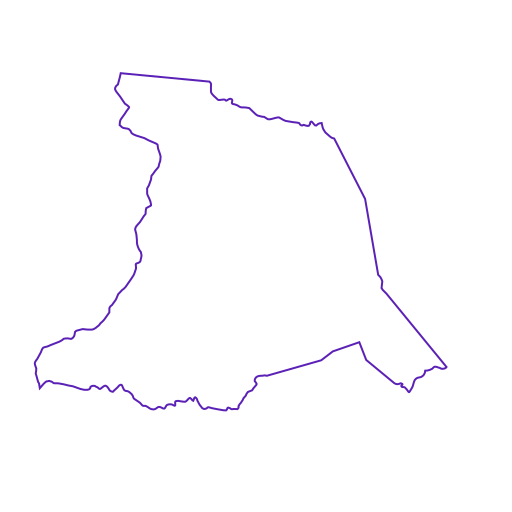 outline of San Juan de Opoa, Copán, Honduras, rotated 188°
{"feature_id": "27666195B15597094221722", "entity_name": "San Juan de Opoa", "entity_type": "district", "adm_level": 2, "iso_a3": "HND", "parent_name": "Honduras", "parent_adm1": "Copán", "projection": "mercator", "projection_center": [-88.695, 14.809], "detail": "fine", "context": "isolated", "style": "outline", "palette": "violet", "viewbox_px": 512, "rotation_deg": 188, "n_neighbors": 0, "source": "geoboundaries", "source_scale": "gbopen_adm2", "svg_char_len": 6058}
<svg xmlns="http://www.w3.org/2000/svg" viewBox="0 0 512 512"><g transform="rotate(188 256 256)"><path d="M415.4,418.2L415.7,414.3L416.6,406.8L416.9,406.3L418.0,405.1L418.6,403.8L418.9,402.6L418.7,401.4L418.1,400.4L417.1,399.2L412.7,394.9L407.2,388.8L406.6,388.4L404.1,387.1L402.5,385.9L402.4,385.6L402.4,385.3L403.0,384.0L404.6,381.1L405.6,378.8L408.7,372.9L409.1,371.9L409.3,371.0L409.4,369.5L409.3,367.7L409.2,366.6L408.3,366.1L406.9,365.0L405.7,364.5L404.7,364.3L400.8,364.2L399.7,364.0L397.7,362.5L396.7,360.9L396.2,360.4L395.2,359.8L394.0,359.3L391.4,358.6L382.9,357.2L378.5,355.6L370.8,353.5L369.7,353.0L369.2,352.7L368.9,352.3L368.5,350.7L367.9,348.7L365.4,343.8L364.4,341.5L364.2,339.8L364.1,336.7L364.7,333.7L364.9,330.9L365.3,330.0L367.6,326.4L369.7,322.4L370.6,321.1L370.7,319.6L370.6,317.5L370.7,316.7L371.9,311.0L372.9,308.6L373.2,307.6L372.5,302.9L372.2,301.9L371.8,301.2L369.4,297.5L368.3,295.6L367.4,293.2L367.0,291.9L367.0,291.5L367.6,290.9L371.3,288.2L371.5,286.3L371.4,284.1L371.2,282.8L371.3,282.2L371.8,281.2L372.6,280.0L375.7,273.3L377.5,270.7L378.6,268.9L379.2,267.5L379.4,266.1L379.4,265.5L379.1,264.7L377.7,261.3L377.3,260.0L376.2,255.5L375.7,252.4L375.2,250.8L374.4,249.0L373.1,246.8L371.9,245.2L370.7,244.1L369.9,242.0L369.5,240.8L369.4,239.7L369.7,235.6L369.9,234.5L370.4,233.7L371.8,232.7L373.4,231.9L373.8,231.4L373.9,230.9L373.2,227.8L373.1,226.8L374.1,221.4L374.7,219.6L376.5,215.8L380.8,207.3L382.3,205.2L383.9,203.6L387.2,198.9L388.3,194.6L388.9,192.9L391.8,187.4L393.1,186.0L393.8,184.6L393.9,183.8L393.4,179.7L397.5,171.8L398.9,169.8L400.7,167.7L401.5,166.1L402.1,165.3L404.9,162.3L406.5,161.1L407.8,160.4L408.6,160.2L412.3,159.7L417.5,159.5L423.2,157.1L424.1,156.4L424.6,155.7L424.8,152.0L425.0,151.3L425.8,149.7L427.0,148.5L427.5,148.2L431.3,148.2L433.2,147.8L434.8,147.3L435.2,147.0L435.9,146.1L436.9,145.2L438.8,143.8L447.2,139.1L449.2,137.8L450.4,137.2L453.1,136.1L454.0,135.5L454.4,134.9L455.0,133.4L455.6,130.8L457.7,125.2L458.4,123.4L459.3,121.9L459.9,120.4L460.1,119.7L460.1,118.9L459.7,117.5L457.9,113.9L457.7,111.1L457.8,109.3L457.6,108.6L456.7,106.7L454.3,101.1L453.1,99.6L451.7,95.0L448.5,99.9L446.8,102.0L446.0,102.7L445.0,102.9L443.6,103.5L442.9,103.5L442.0,103.2L441.0,103.2L438.9,102.1L438.4,101.9L434.1,102.4L428.8,102.2L424.0,101.7L419.2,101.5L411.4,99.9L407.4,99.6L404.4,100.0L402.8,100.7L402.3,101.2L402.0,101.6L401.8,102.0L401.8,102.9L401.6,103.5L400.7,104.2L399.9,104.6L398.4,104.9L397.5,104.9L396.2,104.3L394.5,103.8L393.0,102.8L392.1,102.6L391.5,102.9L389.8,104.7L388.3,106.1L387.5,106.5L386.9,106.6L386.1,106.4L384.9,105.6L383.5,104.2L382.6,103.0L382.0,102.4L380.6,101.8L379.0,101.6L378.6,101.8L378.0,102.8L375.0,106.4L373.4,108.8L372.6,109.4L371.8,109.7L371.2,109.6L370.6,109.1L369.0,106.4L368.3,105.5L367.7,104.8L366.4,104.3L364.7,104.3L363.8,104.1L362.7,103.7L361.7,103.1L359.9,101.9L359.0,100.9L358.3,100.0L357.8,98.7L357.0,97.8L355.7,97.1L350.8,94.7L349.7,93.9L348.6,92.9L347.7,92.2L346.7,91.9L344.9,92.2L344.1,92.1L342.5,91.5L339.8,90.2L338.3,89.8L336.4,89.8L335.0,90.2L334.3,90.6L332.0,92.7L331.2,93.0L330.3,93.1L329.5,93.0L326.8,92.1L326.0,92.1L325.5,92.2L325.1,92.6L323.8,95.7L322.9,96.4L321.5,97.0L320.3,97.2L319.2,97.3L318.4,97.2L316.7,96.6L315.8,96.4L315.5,96.5L315.3,96.7L315.2,97.0L315.7,100.0L315.6,100.6L315.3,101.0L314.6,101.3L313.1,101.7L308.0,101.6L305.9,101.8L304.8,102.6L302.7,105.6L301.9,106.2L301.5,106.2L301.1,106.0L300.1,105.4L298.9,104.2L298.0,103.9L297.9,104.2L297.3,106.9L297.0,107.3L296.6,107.6L295.8,107.3L294.8,106.4L294.4,105.8L293.9,104.6L291.1,100.8L289.7,99.5L288.2,98.0L287.1,97.5L286.0,97.3L284.9,97.6L283.5,98.4L282.9,99.3L282.1,99.6L280.4,99.5L278.7,99.2L272.9,98.9L266.8,98.7L264.6,98.9L264.1,99.0L263.8,99.4L263.4,100.0L263.2,101.3L262.9,101.7L262.5,102.0L260.7,101.7L259.6,101.1L258.7,100.9L258.1,101.0L256.9,101.4L253.1,101.8L252.8,102.1L252.2,103.3L252.2,103.9L252.4,104.9L252.2,105.5L251.6,106.9L250.5,108.6L249.1,111.6L248.6,113.4L246.7,116.3L246.2,118.1L245.7,119.2L245.0,120.3L241.1,122.5L240.3,124.4L237.7,128.5L237.6,129.1L237.7,129.7L238.6,130.8L239.8,131.9L240.0,133.0L239.9,133.9L239.5,135.0L238.9,136.0L238.1,136.7L237.1,137.3L235.8,137.8L233.2,138.3L230.7,139.0L229.8,139.0L228.6,138.9L176.9,161.8L166.7,172.2L141.7,185.0L132.4,168.4L101.3,149.3L99.8,148.8L98.5,148.7L97.1,149.0L95.2,150.0L94.3,150.0L93.4,149.7L93.2,149.5L93.1,149.0L93.3,148.6L93.7,148.3L94.0,147.9L94.0,147.4L93.7,147.0L93.3,146.7L92.8,146.6L91.3,146.8L90.4,146.6L88.3,145.0L86.2,142.8L85.7,142.5L85.3,142.6L84.6,143.9L83.1,147.4L82.6,149.2L82.1,153.0L81.7,154.7L81.3,155.6L80.5,156.7L79.5,157.6L78.5,158.1L76.0,159.0L75.0,159.7L74.0,160.7L73.3,161.7L72.7,163.2L72.5,164.5L72.5,166.0L70.1,166.5L68.1,167.4L65.9,168.8L64.4,170.7L63.7,171.2L62.9,171.3L61.4,171.3L59.8,170.9L58.7,170.8L56.9,170.2L55.8,170.2L54.6,170.5L53.5,170.9L52.5,171.7L52.0,172.4L51.9,172.6L121.5,236.8L125.7,240.0L127.2,241.7L127.4,248.5L128.5,250.5L129.9,252.4L132.4,254.4L155.9,327.7L194.9,383.2L197.4,383.6L199.2,384.5L204.5,388.0L206.9,390.8L207.9,392.6L209.5,396.8L211.3,396.3L212.8,395.5L214.5,393.6L215.8,393.6L219.1,396.5L219.9,396.8L220.6,396.4L220.9,395.4L220.9,394.1L221.7,392.5L221.9,392.3L222.8,392.0L223.8,392.0L225.5,392.2L227.0,392.5L227.4,392.4L228.0,391.8L228.7,391.7L229.4,391.7L230.1,392.0L230.9,392.6L231.6,393.5L232.2,393.7L233.8,393.8L238.0,393.7L245.5,393.9L247.7,394.5L252.4,396.4L253.5,396.3L255.1,395.8L260.1,393.7L261.4,393.3L262.8,393.1L263.5,393.2L267.3,394.9L269.2,394.8L272.3,395.1L273.8,395.3L274.9,395.7L276.3,396.5L283.2,401.5L284.7,401.6L287.2,401.6L288.5,401.5L290.3,401.2L291.7,401.2L293.1,401.5L294.9,402.4L296.2,402.8L298.3,403.2L300.0,403.3L300.6,403.5L300.9,403.7L301.2,404.3L301.1,406.4L301.3,407.2L301.7,407.7L302.5,408.0L303.5,408.1L304.0,407.9L305.4,407.0L306.5,406.0L307.1,405.7L307.6,405.8L308.4,406.4L309.0,406.5L310.0,406.4L313.9,405.4L314.8,405.3L315.5,405.5L320.4,408.9L322.1,410.4L323.0,411.4L323.3,412.0L323.5,412.7L324.2,417.5L324.4,419.9L324.6,420.4L325.2,421.2L326.4,422.2L415.4,418.2Z" fill="none" stroke="#5b21b6" stroke-width="2"/></g></svg>